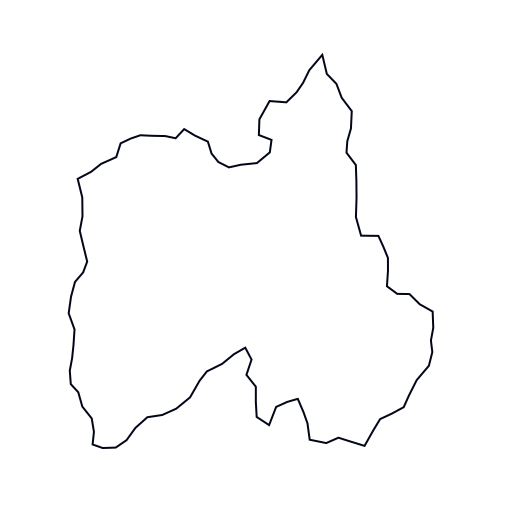 Barroso, Minas Gerais, Brazil, rotated 6°
{"feature_id": "56859067B65889724989346", "entity_name": "Barroso", "entity_type": "district", "adm_level": 2, "iso_a3": "BRA", "parent_name": "Brazil", "parent_adm1": "Minas Gerais", "projection": "natural_earth1", "projection_center": [-43.957, -21.177], "detail": "fine", "context": "isolated", "style": "outline", "palette": "ink", "viewbox_px": 512, "rotation_deg": 6, "n_neighbors": 0, "source": "geoboundaries", "source_scale": "gbopen_adm2", "svg_char_len": 1433}
<svg xmlns="http://www.w3.org/2000/svg" viewBox="0 0 512 512"><g transform="rotate(6 256 256)"><path d="M300.9,49.0L289.6,65.6L284.7,78.9L279.2,89.0L270.1,100.0L253.3,100.5L245.1,119.7L246.2,135.4L259.3,138.9L258.9,151.5L247.2,163.5L231.5,166.8L219.8,170.7L208.8,166.5L201.1,158.8L196.2,147.3L182.6,142.6L171.3,137.3L163.8,147.3L153.2,146.2L140.4,147.3L128.4,148.0L119.3,152.2L109.6,158.1L106.7,172.2L92.3,180.6L83.2,189.5L70.6,197.9L77.1,215.9L79.3,234.7L78.1,249.4L82.8,262.8L88.7,279.2L85.8,290.4L78.7,300.7L76.3,315.7L75.7,332.6L83.2,348.0L83.8,363.7L83.8,376.8L82.8,389.5L85.2,402.8L93.5,410.1L99.0,423.9L109.6,434.7L113.2,447.8L113.2,460.5L123.6,463.0L136.5,461.2L146.5,452.7L154.0,439.6L164.8,427.7L179.4,423.9L192.6,416.2L205.2,403.5L212.9,386.0L219.2,375.9L233.6,366.8L244.3,356.0L254.9,348.3L262.4,359.5L258.9,375.2L269.5,386.0L271.1,401.2L273.5,416.0L286.7,422.8L291.8,404.0L302.2,397.9L312.5,393.7L319.6,406.4L324.7,417.1L328.6,433.1L345.4,434.7L357.0,428.1L368.7,430.5L383.8,433.5L390.9,417.1L396.5,405.2L407.5,398.6L418.7,390.9L422.7,378.7L428.8,362.6L439.4,347.1L441.4,333.1L438.8,321.8L439.8,308.9L437.5,292.8L423.9,286.9L412.6,277.8L400.4,278.9L389.4,272.4L388.8,256.9L387.4,244.1L381.7,233.5L375.6,223.2L358.4,224.8L351.3,206.8L349.9,187.6L348.0,171.0L345.8,155.1L335.2,143.8L334.8,132.3L337.1,119.2L336.1,101.9L324.7,89.7L318.0,76.4L307.4,67.5L300.9,49.0Z" fill="none" stroke="#020617" stroke-width="2"/></g></svg>